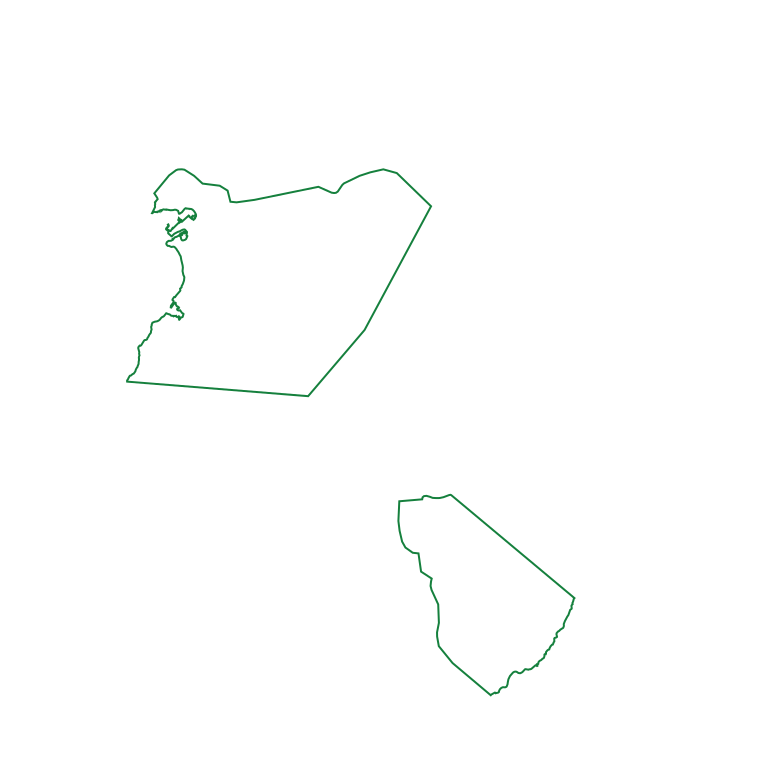 the district of Hafnarfjarðarbær, Reykjavík, Iceland, rotated 310°
{"feature_id": "244011B99927833063684", "entity_name": "Hafnarfjarðarbær", "entity_type": "district", "adm_level": 2, "iso_a3": "ISL", "parent_name": "Iceland", "parent_adm1": "Reykjavík", "projection": "orthographic", "projection_center": [-22.014, 63.956], "detail": "fine", "context": "isolated", "style": "outline", "palette": "green", "viewbox_px": 768, "rotation_deg": 310, "n_neighbors": 0, "source": "geoboundaries", "source_scale": "gbopen_adm2", "svg_char_len": 6035}
<svg xmlns="http://www.w3.org/2000/svg" viewBox="0 0 768 768"><g transform="rotate(310 384 384)"><path d="M365.8,96.5L366.0,96.8L366.6,96.8L367.1,97.0L367.5,96.9L368.0,97.2L368.5,97.6L368.6,98.1L370.1,100.1L370.4,100.1L370.6,99.8L372.0,100.8L372.0,101.1L372.4,100.8L372.8,101.2L372.9,100.9L373.2,100.9L374.7,102.1L374.5,102.3L375.0,102.3L375.9,102.7L377.5,105.2L377.8,105.1L378.8,106.9L379.9,108.8L381.6,110.6L382.8,111.5L383.4,112.2L383.8,112.8L384.3,115.0L382.7,117.4L382.7,117.7L382.9,117.9L382.5,118.6L383.1,117.9L385.6,118.8L390.2,118.7L391.3,119.2L391.5,120.1L391.8,120.3L392.9,122.0L392.9,122.3L393.2,122.4L394.3,124.2L394.3,124.7L394.5,125.3L394.3,127.4L393.9,128.8L393.1,130.8L392.1,131.1L391.5,130.6L391.2,130.6L392.1,131.8L391.4,132.3L389.8,132.1L389.7,132.7L389.5,132.8L387.4,132.6L387.5,131.5L387.1,131.3L387.2,130.8L387.0,130.7L387.0,130.1L387.1,129.6L389.7,129.8L389.8,129.4L387.0,129.0L387.0,126.8L387.2,126.5L387.5,126.5L387.5,126.1L378.6,124.9L378.7,124.6L378.4,124.6L378.5,123.7L380.2,123.7L378.6,123.2L378.6,122.0L378.9,121.5L379.1,121.6L379.2,120.2L379.0,120.3L378.8,121.3L378.6,121.5L378.0,120.9L377.4,120.9L377.3,121.0L377.0,123.3L376.9,123.8L375.7,123.5L375.7,123.1L367.3,122.3L367.4,121.8L364.1,122.2L363.7,121.9L363.5,120.0L363.1,119.7L363.1,118.4L363.2,117.8L363.4,117.7L366.5,117.6L367.1,117.2L367.6,116.2L367.1,116.0L366.7,116.8L366.3,117.2L363.4,117.1L362.8,117.3L362.4,117.7L362.4,120.6L362.3,120.9L361.0,121.5L360.7,121.9L360.6,125.7L360.5,126.1L360.9,126.5L364.3,126.8L368.0,128.3L369.5,129.3L372.6,130.5L374.0,131.6L374.2,132.1L374.3,132.5L373.8,135.4L370.7,137.3L370.7,137.9L370.9,138.2L370.7,138.4L367.9,139.2L366.8,139.0L365.2,138.1L364.5,137.4L364.3,136.9L364.5,135.9L364.8,135.3L366.0,133.8L366.1,132.7L366.3,132.3L367.4,132.4L367.9,132.7L368.1,133.5L368.4,133.6L368.7,133.4L368.8,132.6L369.0,132.6L370.5,133.3L371.1,134.3L371.6,134.7L372.5,134.8L372.8,134.4L372.7,133.9L372.4,133.3L372.0,132.9L369.9,132.2L368.4,131.4L365.9,131.5L363.2,130.4L362.3,129.7L361.5,129.4L360.8,129.5L359.2,129.5L359.5,128.8L359.4,128.7L358.6,129.4L357.7,129.1L356.7,128.7L355.2,127.0L354.6,126.8L353.1,126.5L351.6,127.0L351.3,127.3L350.9,128.2L350.8,129.5L351.7,130.7L352.0,132.2L352.4,133.2L353.7,134.2L354.1,134.8L354.2,135.3L354.3,136.1L353.9,138.5L353.5,139.4L353.1,141.1L352.4,143.0L351.8,144.2L351.1,146.2L348.7,149.0L345.4,153.5L343.9,155.1L341.0,157.1L340.3,158.0L338.5,160.3L338.1,161.3L337.5,162.4L334.7,164.3L331.3,165.6L328.8,166.1L328.0,166.8L327.5,166.8L326.0,166.5L324.7,167.9L324.3,168.0L318.6,167.9L316.3,168.1L315.9,167.4L315.6,167.3L313.0,167.6L312.4,167.9L312.3,168.4L312.4,169.2L312.2,169.5L311.6,170.2L307.0,170.5L305.6,171.4L305.8,171.9L310.8,171.4L311.0,171.7L311.9,171.7L312.2,171.9L312.3,172.2L312.2,172.4L311.2,173.1L310.5,175.0L310.4,175.4L310.6,175.6L310.9,177.1L310.6,178.0L310.3,178.0L308.7,177.3L308.3,177.4L308.0,177.9L308.0,178.4L308.0,178.8L308.5,179.8L309.4,180.4L308.7,183.2L308.6,184.0L308.9,185.1L308.8,185.4L306.3,186.5L305.7,186.6L304.2,185.6L303.2,185.9L301.7,185.9L301.6,185.6L301.8,185.5L302.6,185.3L303.2,185.5L303.3,185.4L303.3,185.2L302.8,184.6L303.8,184.3L304.0,184.0L304.0,183.3L303.0,183.0L302.7,182.8L302.1,182.0L302.1,181.8L302.6,180.9L301.6,180.2L301.3,179.4L300.5,179.2L300.5,178.5L299.6,177.2L299.5,176.6L299.6,175.4L299.4,174.7L299.0,174.1L298.4,172.2L298.2,171.7L294.5,171.8L293.7,171.6L293.0,171.1L291.2,170.8L288.9,170.9L287.5,170.5L286.2,169.9L284.3,168.3L282.1,167.2L280.1,167.9L279.4,168.5L278.3,168.8L277.8,169.2L276.4,170.9L274.6,171.6L273.7,172.3L272.7,172.6L272.0,172.5L270.0,172.7L269.1,173.1L267.3,173.2L266.3,173.6L265.6,173.7L264.9,173.4L263.7,172.4L263.0,172.3L257.7,173.1L256.8,172.9L256.5,172.2L256.1,172.1L254.2,172.2L253.4,172.8L251.5,175.5L251.2,176.0L249.7,177.0L248.8,178.3L247.8,178.6L246.4,179.4L245.9,180.1L244.6,181.1L243.3,181.8L241.6,183.1L239.3,183.8L238.6,184.2L237.6,184.2L235.6,184.6L233.8,185.4L231.1,185.6L229.9,185.0L227.9,184.7L226.9,184.0L224.5,184.4L223.2,184.8L221.8,184.9L221.3,185.1L220.7,185.7L325.9,333.7L412.9,334.4L550.4,305.8L553.8,258.2L548.0,245.5L537.4,237.5L527.8,231.5L512.0,224.4L509.7,224.1L501.7,224.9L499.6,224.3L498.2,223.0L496.9,220.9L492.9,207.0L441.9,166.5L428.4,154.3L424.9,149.2L431.6,139.9L430.3,130.7L420.9,116.2L421.4,104.7L419.9,93.4L418.5,91.1L415.9,88.3L414.2,87.3L405.7,85.3L382.4,85.5L380.9,90.5L380.1,91.8L376.7,91.7L376.7,91.9L375.7,91.9L374.8,93.1L373.8,93.5L372.4,94.9L365.8,96.5ZM342.4,667.5L342.1,507.0L341.8,506.1L340.8,505.3L335.5,502.3L332.4,499.9L330.0,497.1L328.0,494.4L327.1,491.7L325.6,488.4L323.8,486.7L322.0,486.4L320.2,487.4L304.0,471.1L288.3,483.1L281.5,490.4L274.9,499.2L272.5,505.5L273.2,514.5L276.4,519.3L264.1,533.0L265.6,545.6L262.9,547.0L259.2,549.5L256.8,552.8L250.0,567.2L236.3,579.6L227.8,584.3L224.6,587.1L218.4,594.5L214.3,615.9L214.2,665.8L215.0,665.8L218.9,667.3L219.1,667.8L218.9,668.3L221.1,669.9L221.9,670.0L223.0,669.4L224.6,669.0L226.5,669.2L227.9,669.8L228.5,670.4L229.4,671.7L230.5,672.3L231.1,672.4L233.3,671.7L235.2,670.5L237.8,669.1L241.3,668.2L245.9,668.3L247.1,668.7L247.7,669.1L248.4,669.8L248.7,670.4L248.9,671.3L249.0,672.7L249.8,674.0L250.2,674.4L252.2,675.2L256.1,675.4L256.6,675.8L258.0,678.3L258.7,678.6L259.5,679.4L260.5,680.0L265.6,680.8L266.3,681.6L266.3,682.5L266.7,682.7L267.0,682.4L267.3,681.2L267.7,681.2L268.4,682.0L268.7,682.1L270.0,681.2L270.9,681.1L272.0,681.2L273.7,681.9L275.4,682.0L276.3,682.4L277.1,682.5L278.7,681.8L279.9,680.8L280.3,680.8L280.9,681.6L281.6,681.4L282.6,680.5L283.0,680.4L285.3,680.4L286.6,680.9L286.9,681.2L288.3,680.6L290.2,680.2L292.4,680.3L292.9,680.8L293.3,680.7L294.3,680.4L295.0,680.0L296.2,680.0L298.5,678.0L299.2,678.0L300.4,678.8L301.3,679.1L301.6,679.0L303.2,676.9L304.1,676.4L306.2,676.4L307.5,676.9L309.2,677.0L312.4,678.0L313.4,677.7L314.3,677.3L315.7,676.0L318.6,675.0L323.8,673.9L325.4,673.8L330.7,671.8L332.3,672.2L332.8,672.0L333.9,670.9L334.2,670.5L334.9,670.0L336.7,670.0L336.9,669.5L337.4,669.1L338.9,668.7L341.4,667.5L342.4,667.5Z" fill="none" stroke="#15803d" stroke-width="2"/></g></svg>